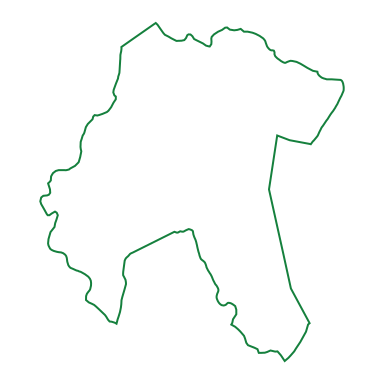 outline of Grace, Laborie, Saint Lucia
{"feature_id": "8701671B7232350225457", "entity_name": "Grace", "entity_type": "district", "adm_level": 2, "iso_a3": "LCA", "parent_name": "Saint Lucia", "parent_adm1": "Laborie", "projection": "robinson", "projection_center": [-60.967, 13.776], "detail": "fine", "context": "isolated", "style": "outline", "palette": "green", "viewbox_px": 384, "rotation_deg": 0, "n_neighbors": 0, "source": "geoboundaries", "source_scale": "gbopen_adm2", "svg_char_len": 5080}
<svg xmlns="http://www.w3.org/2000/svg" viewBox="0 0 384 384"><path d="M116.5,323.7L117.1,321.5L117.6,319.5L118.5,316.9L120.0,312.0L120.9,307.5L121.3,304.2L121.5,300.2L122.4,296.7L124.4,289.9L126.0,284.1L125.9,282.1L125.5,279.8L123.8,276.4L123.2,275.4L123.1,274.1L123.2,271.9L123.8,267.4L124.7,260.6L125.7,258.5L126.6,257.5L128.1,256.2L130.2,253.8L131.3,253.2L132.7,252.6L174.4,231.8L176.7,232.6L177.8,232.6L180.2,231.3L182.3,231.7L183.6,231.6L184.6,231.0L186.3,230.1L188.7,229.1L189.9,229.4L191.8,230.1L192.9,231.2L193.2,233.2L193.4,234.5L193.8,235.7L194.1,236.6L194.5,237.6L195.0,238.7L195.4,239.6L195.7,240.4L196.0,241.4L196.3,242.4L196.6,243.8L197.0,245.3L197.2,246.5L197.6,248.3L198.1,250.3L198.5,251.9L199.0,253.3L199.2,254.1L199.5,255.4L199.9,256.6L200.3,257.6L200.5,258.2L201.0,259.1L201.8,259.8L202.4,260.3L203.5,261.1L204.2,261.8L204.8,262.4L205.1,263.0L205.7,264.4L206.0,265.3L206.4,266.7L206.5,267.3L207.1,268.5L207.6,269.5L208.0,270.3L208.5,271.1L209.1,272.0L209.8,273.2L210.6,274.3L211.4,275.8L212.0,277.1L212.7,278.9L213.2,280.1L213.8,281.3L214.4,282.4L214.9,283.5L215.6,284.6L216.4,285.4L217.5,287.3L218.0,288.3L218.3,289.2L218.4,290.0L218.4,290.4L218.2,291.5L217.8,292.4L217.6,292.9L217.2,293.8L217.0,294.6L216.7,295.7L216.6,296.3L216.6,297.5L216.7,298.1L217.0,299.1L217.3,299.8L217.8,301.0L218.4,302.0L219.0,302.9L219.9,303.9L220.7,304.5L221.5,305.1L222.5,305.3L223.5,305.5L224.6,305.3L225.8,304.8L226.9,303.7L227.9,302.9L228.9,302.8L229.8,303.0L230.7,303.2L231.7,303.7L232.4,304.1L233.2,304.6L235.2,306.1L236.3,309.7L236.3,314.3L233.0,319.3L232.3,322.8L231.3,324.6L235.2,326.8L238.2,329.4L240.2,331.4L244.0,335.8L245.0,338.4L246.3,342.8L248.0,345.2L254.8,347.9L257.5,349.2L258.8,352.9L260.3,352.9L264.8,352.7L267.1,352.0L270.5,350.5L275.2,351.6L277.5,351.4L280.9,355.3L284.7,361.0L288.4,357.9L290.8,355.3L294.2,351.4L295.9,348.6L300.3,342.0L306.0,331.7L308.1,324.5L309.6,323.2L290.9,288.5L283.4,254.2L269.0,189.4L277.2,135.5L289.6,140.2L310.6,144.1L310.8,144.2L312.9,141.3L313.1,141.2L313.8,140.5L314.8,139.3L315.8,138.1L316.7,137.0L317.5,136.0L318.1,134.9L318.6,133.7L319.5,131.7L320.4,130.0L321.6,127.5L323.0,125.7L324.4,123.6L326.4,120.6L327.6,119.1L329.2,116.5L330.4,114.6L331.6,112.9L333.1,111.0L334.4,109.0L335.2,107.8L335.8,106.6L336.6,105.3L337.5,103.8L338.1,102.4L339.2,100.1L339.9,98.6L340.4,97.6L341.2,96.2L341.9,94.7L342.5,93.2L343.1,91.9L343.6,90.5L343.7,89.1L343.7,87.5L343.6,86.3L343.3,84.7L343.1,83.5L342.8,82.7L342.4,81.7L342.0,81.0L341.3,80.3L340.5,79.9L334.2,79.5L331.3,79.3L328.6,79.3L326.7,79.3L325.1,78.8L323.6,78.4L321.7,77.6L320.5,76.7L319.3,75.7L318.3,74.5L317.7,73.4L317.4,71.7L314.8,71.2L312.9,70.8L307.4,67.9L303.8,65.7L300.4,63.7L296.6,61.9L292.5,61.0L290.6,60.8L289.5,61.1L287.3,61.9L285.5,62.8L284.6,62.8L283.2,62.3L281.1,61.1L279.0,59.5L277.4,58.4L275.3,56.3L274.5,54.4L274.5,52.2L273.9,50.7L272.6,50.3L271.2,50.3L270.4,50.0L269.3,49.2L267.8,47.5L267.0,46.2L265.8,42.9L265.3,41.2L264.5,39.9L263.2,38.4L259.6,35.9L255.7,33.9L252.5,32.7L247.8,31.7L244.0,31.7L240.7,28.9L237.4,29.9L234.2,30.3L229.8,29.6L227.1,27.5L225.1,27.7L222.1,29.9L218.1,31.7L214.0,34.4L211.7,36.9L211.3,38.6L211.5,41.7L211.3,44.2L209.7,46.5L208.5,46.3L206.0,45.6L202.9,43.4L196.0,40.0L194.1,39.0L192.4,36.2L190.5,34.5L188.5,34.4L187.3,35.2L186.0,38.1L184.3,40.1L181.5,40.7L176.4,40.9L171.3,38.3L168.5,36.6L164.9,34.8L163.3,33.0L160.7,29.3L157.5,24.7L155.7,23.0L133.8,38.3L121.4,47.0L121.4,47.5L121.5,48.8L121.4,49.4L121.2,51.2L120.7,53.4L120.4,55.0L120.3,59.3L120.2,60.0L119.6,70.0L119.4,72.9L118.6,75.6L118.3,76.3L118.0,78.5L116.0,83.5L113.7,89.8L113.3,92.4L114.4,95.4L115.8,96.5L115.8,99.2L115.4,99.9L113.6,102.5L111.5,106.5L111.4,106.8L110.7,107.8L108.4,110.8L106.8,112.1L105.8,112.5L102.5,113.9L98.9,115.1L97.7,115.4L97.5,115.5L95.9,115.3L94.6,115.1L93.5,116.3L93.2,116.6L93.1,117.1L92.5,119.3L89.4,122.4L87.8,124.0L85.9,127.1L85.8,127.4L84.3,132.8L83.6,134.2L82.7,135.5L81.8,138.5L81.6,139.2L81.1,140.6L80.7,141.9L80.5,146.9L80.8,149.3L81.1,150.4L81.3,151.4L80.2,157.0L79.1,160.8L78.6,162.3L75.0,165.9L70.4,168.4L70.1,168.6L69.0,169.5L67.0,170.0L66.0,170.2L62.4,170.1L58.8,170.1L56.7,170.7L55.7,171.0L55.1,171.5L53.0,173.1L51.8,175.1L51.1,176.4L50.8,180.5L50.3,181.1L49.4,182.2L48.2,183.2L48.1,183.4L50.0,189.4L50.2,192.8L48.9,194.7L47.2,195.4L43.3,195.8L41.2,197.5L40.3,201.3L41.2,204.1L44.4,209.7L46.8,214.1L47.7,215.2L49.4,215.2L51.7,213.5L55.0,211.6L56.7,212.7L57.8,215.2L56.5,219.5L55.2,223.1L54.5,227.0L50.5,232.1L48.5,239.1L48.1,243.2L48.1,243.6L48.5,245.5L49.8,248.1L50.4,249.0L51.6,249.9L53.7,250.9L55.4,251.4L56.8,251.8L58.9,252.2L61.0,252.4L61.6,252.6L63.2,253.2L65.2,254.7L66.2,256.1L66.8,258.0L67.2,261.1L67.3,261.8L68.3,265.1L69.1,266.4L70.4,267.8L72.8,268.8L76.5,270.5L77.9,270.8L79.1,271.4L80.6,271.8L81.7,272.4L84.9,274.2L88.3,276.7L89.9,278.7L90.8,280.7L91.1,283.1L91.0,285.6L90.2,289.1L89.6,290.3L88.2,292.0L86.9,293.8L86.1,296.1L86.0,300.0L88.8,302.4L91.7,303.7L94.1,304.9L95.9,306.4L98.5,308.8L104.9,314.9L106.1,316.5L108.1,319.8L109.6,321.5L111.6,321.7L114.8,322.7L116.5,323.7Z" fill="none" stroke="#15803d" stroke-width="2"/></svg>